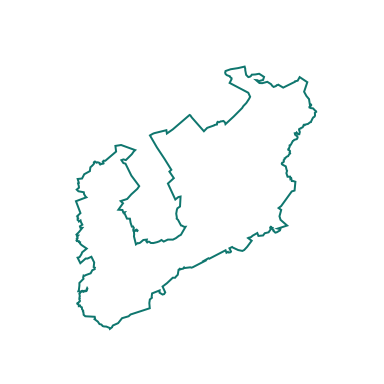 Sahuaripa, Sonora, Mexico, rotated 72°
{"feature_id": "50627088B83077859313792", "entity_name": "Sahuaripa", "entity_type": "district", "adm_level": 2, "iso_a3": "MEX", "parent_name": "Mexico", "parent_adm1": "Sonora", "projection": "natural_earth1", "projection_center": [-108.983, 29.019], "detail": "fine", "context": "isolated", "style": "outline", "palette": "teal", "viewbox_px": 384, "rotation_deg": 72, "n_neighbors": 0, "source": "geoboundaries", "source_scale": "gbopen_adm2", "svg_char_len": 6026}
<svg xmlns="http://www.w3.org/2000/svg" viewBox="0 0 384 384"><g transform="rotate(72 192 192)"><path d="M256.5,123.8L255.7,120.2L254.7,119.5L253.3,121.7L253.3,111.9L245.8,116.4L242.1,116.3L236.6,112.7L234.0,114.6L232.9,111.5L222.3,97.0L222.3,94.0L214.2,90.5L212.9,92.3L212.4,93.7L209.7,93.4L210.0,94.4L207.7,94.0L207.0,96.4L203.2,96.4L201.2,95.0L200.2,95.2L196.6,94.9L194.1,97.4L193.3,97.9L192.8,97.9L192.0,97.2L192.0,96.0L191.7,95.5L191.1,95.1L190.1,95.0L189.4,93.8L188.6,93.5L188.7,92.9L188.0,91.8L187.6,90.6L187.6,89.5L186.2,88.0L185.7,86.8L184.7,87.0L184.2,86.4L183.8,86.5L183.0,86.2L181.9,87.0L181.8,87.3L181.1,87.3L180.7,86.8L180.6,86.3L179.5,85.6L179.3,85.2L178.8,84.9L177.8,84.8L177.7,84.5L177.9,84.0L177.5,83.3L174.6,80.3L174.6,79.7L174.0,78.6L174.1,76.0L173.0,74.8L172.3,74.6L171.4,74.8L170.7,75.4L170.0,75.5L169.4,76.2L167.9,76.1L168.1,74.4L167.8,74.1L169.9,73.2L170.2,72.1L168.2,70.9L165.9,71.0L165.1,70.4L165.2,69.0L164.8,68.5L164.7,66.9L163.9,65.8L163.1,65.5L162.6,64.8L162.6,64.5L163.2,64.0L162.9,62.9L163.1,60.7L162.2,58.2L162.2,57.2L161.8,57.0L159.3,54.6L158.5,53.6L158.3,52.4L157.9,51.9L157.1,51.3L154.7,50.7L154.1,49.1L153.3,49.2L152.5,49.8L149.9,51.0L148.9,53.1L147.9,54.2L147.3,54.0L146.6,52.1L146.3,51.8L145.7,51.7L145.0,52.2L145.3,52.9L139.8,52.0L136.1,53.5L131.3,54.4L123.2,48.4L116.0,54.1L118.8,57.1L118.6,59.8L119.0,60.0L120.9,73.0L116.6,76.8L116.8,77.4L116.6,78.4L117.2,79.5L117.3,81.9L115.8,82.9L113.9,83.5L110.5,86.3L110.2,91.6L109.2,94.2L105.4,96.5L106.0,95.1L107.2,94.3L107.4,89.8L104.8,87.9L100.3,91.6L99.8,95.4L98.9,98.9L99.8,100.0L100.2,101.1L100.2,102.7L100.0,103.0L97.3,104.3L92.6,103.7L91.3,103.3L89.0,103.2L88.4,109.9L87.2,117.3L87.3,122.7L88.8,123.6L90.2,123.6L91.6,122.8L93.7,120.2L94.5,120.2L96.0,119.2L96.9,119.5L99.9,122.5L115.0,107.8L119.4,107.3L121.0,108.9L124.2,112.9L126.2,116.7L127.6,118.3L133.1,129.0L137.8,139.2L136.2,139.1L134.5,139.9L134.1,140.3L134.0,141.9L133.7,142.7L134.0,144.8L133.9,145.2L133.2,145.7L133.3,146.1L134.3,147.0L135.5,147.4L135.2,149.9L135.5,150.3L135.7,157.7L137.9,161.9L121.0,169.2L118.6,169.9L118.0,170.5L126.5,190.9L128.6,197.8L125.3,197.3L124.4,209.7L124.5,211.2L125.2,214.5L138.7,211.6L152.0,207.9L164.5,204.8L165.6,207.2L173.2,205.0L176.5,212.3L194.0,210.2L192.6,206.5L192.8,204.3L202.1,207.9L203.0,210.9L204.1,211.8L207.7,213.7L211.6,214.3L212.6,214.8L214.1,213.9L220.4,212.8L220.7,212.2L222.8,210.1L223.1,208.9L229.3,215.8L229.7,218.1L230.9,221.5L231.4,224.9L229.8,229.7L230.4,234.2L228.2,235.9L228.8,238.2L228.9,240.6L228.6,244.6L227.7,247.0L226.2,247.9L225.7,249.2L226.1,250.2L224.8,250.7L223.3,249.7L222.6,253.1L224.2,257.0L224.3,258.6L223.8,259.3L224.5,261.5L216.2,260.9L214.7,260.2L211.2,259.3L211.6,256.6L212.5,255.3L211.4,255.9L211.7,256.2L211.2,256.4L211.4,256.6L211.2,256.9L210.7,257.1L210.9,258.1L210.6,259.7L209.3,259.4L208.2,258.4L206.5,258.8L206.3,259.9L202.2,259.9L198.2,259.3L197.2,262.1L191.7,262.7L191.5,263.1L190.9,262.8L190.5,262.2L190.2,263.7L187.6,263.7L186.1,267.5L181.4,261.1L178.6,262.6L178.6,255.8L175.5,250.5L172.1,243.0L170.1,240.4L157.7,244.6L144.5,246.5L143.3,248.3L139.9,249.3L139.8,247.2L141.2,245.0L137.5,237.6L135.4,234.8L134.6,233.1L125.4,244.9L124.5,250.6L130.1,251.7L135.5,264.8L134.9,266.4L135.7,267.5L136.3,267.1L137.5,267.3L137.6,268.0L137.3,269.2L137.5,270.8L136.8,271.1L135.8,270.9L134.6,272.5L134.6,273.8L133.3,274.5L133.0,275.2L133.5,276.2L134.4,276.2L135.1,276.9L136.1,278.7L137.1,281.0L140.6,282.7L141.8,289.0L145.2,292.4L144.3,296.7L148.4,296.8L148.5,297.7L151.3,297.8L153.0,298.2L154.1,300.9L156.2,299.8L158.8,295.0L160.7,295.3L163.3,294.7L164.4,294.1L164.9,305.2L177.6,304.6L179.4,308.4L179.6,308.2L179.9,308.5L180.3,308.3L180.9,308.7L181.8,308.4L182.2,309.1L183.3,309.4L184.0,308.8L185.1,308.7L184.6,306.8L186.5,306.9L189.2,306.4L190.0,309.2L191.5,309.2L192.2,307.4L195.3,312.1L196.8,315.1L197.7,314.9L198.2,313.7L199.2,315.2L199.9,314.9L200.8,315.2L201.0,316.1L202.1,316.1L202.4,316.8L203.1,316.7L203.8,314.8L204.3,314.9L204.6,314.6L204.9,314.8L205.3,314.0L205.9,314.3L206.4,314.4L208.2,313.5L213.3,309.6L215.4,315.1L217.1,316.5L219.2,319.1L219.1,321.1L225.2,320.2L222.4,313.7L223.0,312.0L222.5,307.7L228.8,306.8L233.0,308.7L233.9,307.8L234.3,308.2L235.3,308.4L235.6,311.0L238.0,313.5L238.2,318.7L238.5,320.1L237.9,320.9L239.5,321.9L241.0,322.0L243.7,327.2L246.2,328.0L250.1,329.8L251.2,330.7L251.4,329.9L252.7,329.6L252.8,329.1L252.2,328.4L252.0,327.4L252.2,326.5L252.9,325.9L252.7,325.4L252.9,324.1L253.2,323.1L252.9,322.6L251.9,322.2L251.0,321.4L251.4,321.3L253.2,322.5L253.6,323.1L253.2,325.5L253.4,326.1L252.5,327.3L252.5,327.7L253.2,329.6L253.6,329.8L253.8,330.5L256.5,330.9L257.3,331.6L258.5,331.6L258.9,332.3L261.0,332.2L261.6,333.0L261.7,333.7L262.3,334.2L262.2,335.2L262.6,335.6L263.2,335.5L263.5,335.1L264.3,334.6L265.5,334.9L265.5,333.5L266.6,333.5L267.7,332.4L269.4,332.8L271.4,332.2L272.1,332.7L272.7,332.4L275.3,333.0L277.2,331.9L280.6,323.1L282.4,323.3L282.8,324.0L286.2,321.6L289.0,320.8L290.1,319.1L291.9,318.4L292.7,317.2L293.5,315.1L295.8,312.4L296.8,312.4L295.9,309.8L295.3,309.4L294.5,308.4L293.9,302.8L290.4,297.5L290.6,290.7L289.5,288.3L289.5,268.1L284.4,266.9L281.2,265.3L280.2,262.8L279.1,262.7L276.1,261.3L275.6,253.2L277.7,254.0L280.4,251.7L280.5,250.1L279.2,248.5L272.8,249.2L271.0,244.0L267.6,236.8L268.3,234.5L267.5,233.4L266.3,231.1L261.8,228.8L261.7,228.5L262.0,227.9L262.0,227.4L261.4,227.6L261.2,227.3L262.0,226.4L262.0,225.2L262.2,224.4L262.0,223.5L261.6,223.4L261.3,222.9L262.0,222.7L263.1,216.9L263.8,215.9L263.8,214.6L261.6,201.1L261.1,201.8L260.1,196.8L260.8,196.2L257.8,178.1L260.4,178.0L260.0,176.3L260.8,176.0L261.2,174.5L260.9,173.5L260.7,173.3L257.1,173.8L256.7,170.8L257.4,170.4L261.5,166.0L263.6,162.3L263.3,160.3L261.2,156.5L256.8,150.3L253.1,152.9L253.0,152.4L253.1,151.1L253.1,149.7L252.3,147.9L251.2,142.6L254.3,142.4L255.3,137.8L253.7,135.6L254.0,131.6L251.8,128.7L250.1,128.7L249.4,127.9L249.6,127.5L250.4,127.4L251.1,126.4L252.0,127.1L253.6,126.2L254.0,126.6L256.4,125.3L256.5,123.8Z" fill="none" stroke="#0f766e" stroke-width="2"/></g></svg>